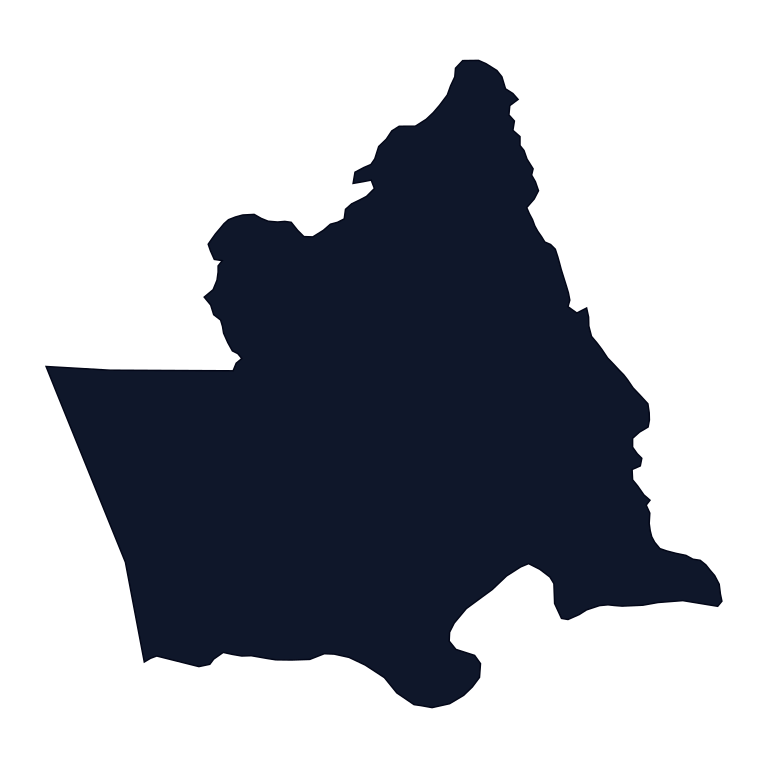 Barra de São Miguel, Paraíba, Brazil (Mercator projection)
{"feature_id": "56859067B75587111505212", "entity_name": "Barra de São Miguel", "entity_type": "district", "adm_level": 2, "iso_a3": "BRA", "parent_name": "Brazil", "parent_adm1": "Paraíba", "projection": "mercator", "projection_center": [-36.253, -7.679], "detail": "fine", "context": "isolated", "style": "filled", "palette": "ink", "viewbox_px": 768, "rotation_deg": 0, "n_neighbors": 0, "source": "geoboundaries", "source_scale": "gbopen_adm2", "svg_char_len": 2638}
<svg xmlns="http://www.w3.org/2000/svg" viewBox="0 0 768 768"><path d="M714.7,575.6L710.1,570.2L705.9,564.9L700.2,560.3L692.9,559.2L686.0,555.4L675.8,553.3L666.6,550.9L659.9,548.6L654.7,542.3L651.7,536.7L650.2,530.7L649.2,523.4L649.8,513.1L646.2,505.1L650.0,500.2L643.9,494.9L637.6,485.9L632.6,479.8L632.1,469.5L640.3,465.9L641.8,458.3L637.2,453.7L632.6,447.2L632.6,438.3L639.5,432.1L648.1,427.0L649.4,420.0L649.2,412.8L647.9,403.8L640.3,395.5L633.0,387.8L627.5,379.7L623.7,374.8L618.9,369.9L613.6,364.2L607.6,358.0L601.8,349.3L597.2,343.2L591.5,336.4L588.8,326.0L588.6,317.1L586.6,308.0L576.8,313.0L568.0,306.7L569.8,300.1L568.4,292.8L566.5,286.4L563.5,276.8L561.2,269.4L559.6,263.4L557.9,257.2L555.3,249.2L550.6,244.5L544.8,242.0L541.5,236.6L537.8,231.3L534.8,225.9L532.5,219.6L529.3,213.6L526.7,207.6L534.2,199.0L538.5,190.7L535.4,181.7L531.6,175.1L533.1,168.8L527.0,159.1L524.0,150.5L520.0,145.5L520.0,136.6L512.9,130.3L514.4,121.0L508.9,114.9L509.8,105.6L518.1,99.4L512.9,93.5L505.5,88.8L501.9,76.8L496.9,70.5L486.2,63.8L478.6,60.4L462.7,60.6L455.5,68.2L454.8,76.8L450.6,85.8L447.3,95.0L439.3,105.6L433.2,112.7L426.2,119.3L415.3,126.2L407.0,126.2L399.1,126.3L391.8,130.9L386.3,139.2L378.7,146.5L374.8,158.8L370.9,164.5L363.9,167.5L355.0,172.2L353.1,183.4L363.0,181.7L371.2,180.1L374.4,188.5L366.5,196.4L359.6,200.0L351.7,203.8L345.5,209.3L344.2,218.9L337.5,222.3L330.4,224.2L323.4,230.3L312.8,236.9L303.9,236.6L297.6,230.3L291.2,222.3L284.8,221.4L277.6,222.0L268.1,221.2L261.2,218.4L254.2,214.4L242.7,215.0L235.4,217.0L228.5,219.7L224.0,223.7L219.7,228.9L215.6,233.7L211.8,239.0L208.2,244.2L210.5,250.9L214.3,259.4L222.3,260.6L218.1,265.9L218.1,272.1L217.0,280.2L213.1,289.7L204.2,297.1L210.7,305.0L213.7,314.7L220.6,320.0L222.5,326.4L223.6,333.2L227.8,342.6L232.4,350.9L237.8,353.6L241.8,358.5L236.2,363.2L233.1,370.8L110.0,370.2L46.1,366.5L56.0,391.1L125.4,562.2L144.3,662.0L150.5,658.3L156.7,656.0L198.9,666.6L209.8,664.3L213.7,659.1L223.2,652.4L232.4,654.4L241.7,656.0L251.3,655.7L267.3,658.5L275.7,659.8L291.5,660.0L309.8,659.4L324.3,653.7L334.2,654.1L349.1,657.4L365.3,665.1L384.4,677.6L396.8,692.9L414.0,704.6L421.0,705.6L432.1,707.6L449.6,703.7L463.7,695.3L472.3,687.0L479.5,677.4L480.5,663.6L474.6,655.4L455.9,649.4L449.2,641.1L449.6,632.2L454.2,623.1L466.3,608.6L482.2,596.9L492.3,589.5L506.6,575.9L520.7,566.9L528.6,563.6L539.8,569.3L549.9,577.0L553.9,583.6L554.6,603.5L561.5,618.4L568.0,619.5L579.3,614.5L586.5,609.9L599.5,605.6L608.0,604.8L614.5,605.5L622.1,606.1L642.9,605.2L658.0,602.5L682.8,600.6L717.7,606.3L721.9,601.2L720.4,594.0L719.2,584.2L714.7,575.6Z" fill="#0f172a" stroke="#020617" stroke-width="1.5"/></svg>